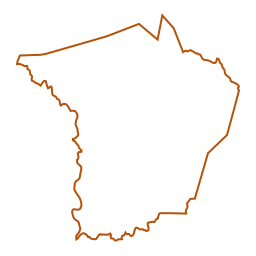 the district of Crateús, Ceará, Brazil
{"feature_id": "56859067B68836278329537", "entity_name": "Crateús", "entity_type": "district", "adm_level": 2, "iso_a3": "BRA", "parent_name": "Brazil", "parent_adm1": "Ceará", "projection": "equal_earth", "projection_center": [-40.774, -5.21], "detail": "fine", "context": "isolated", "style": "outline", "palette": "amber", "viewbox_px": 256, "rotation_deg": 0, "n_neighbors": 0, "source": "geoboundaries", "source_scale": "gbopen_adm2", "svg_char_len": 3597}
<svg xmlns="http://www.w3.org/2000/svg" viewBox="0 0 256 256"><path d="M73.8,218.0L75.5,219.8L77.5,221.1L78.3,221.7L78.7,222.7L80.1,227.9L80.2,229.2L79.3,231.8L77.6,234.2L76.5,235.2L76.2,237.8L76.4,239.4L77.5,238.7L78.3,237.6L79.3,236.1L80.3,235.1L81.0,234.4L82.3,233.5L83.4,233.3L84.5,233.3L85.2,234.1L86.6,234.8L87.6,236.1L88.2,237.1L89.4,236.8L90.1,237.8L91.3,238.7L92.6,239.0L93.8,239.0L95.6,239.3L96.4,238.6L97.2,237.6L97.8,236.5L98.8,235.0L100.3,234.1L101.5,234.8L102.5,234.7L104.0,234.3L105.5,234.8L107.0,234.5L108.4,234.7L109.2,234.1L110.1,233.5L111.1,234.9L110.6,236.7L111.2,238.4L112.4,238.5L113.3,238.7L114.7,240.2L115.6,240.6L116.7,240.4L117.5,239.7L118.3,239.2L119.7,239.4L121.0,239.2L121.9,239.2L121.6,237.9L121.9,236.7L122.4,235.7L123.3,235.6L124.3,235.1L125.0,233.7L125.5,232.6L126.0,233.5L127.3,234.1L128.7,233.9L129.5,234.5L130.3,235.6L131.5,236.0L132.6,235.5L133.2,234.7L133.8,233.4L134.3,231.8L134.6,230.4L135.1,229.0L135.7,228.1L136.5,227.7L137.5,227.9L138.3,228.3L139.4,229.1L140.4,229.4L141.3,229.4L142.2,229.2L143.1,229.4L144.0,230.2L145.2,230.1L146.2,231.0L147.4,230.8L148.2,230.3L148.6,229.2L148.5,227.9L148.3,226.8L147.9,225.5L147.7,224.4L147.8,223.0L148.9,222.4L149.9,222.4L151.1,222.0L152.5,221.8L153.7,222.1L154.7,221.8L155.3,220.8L156.0,219.4L157.1,218.7L158.0,218.4L158.0,216.9L158.7,215.2L159.0,213.9L160.2,213.2L171.5,213.2L186.1,213.6L185.8,211.6L186.0,210.3L187.2,207.7L187.5,206.4L187.3,204.9L187.1,203.4L187.8,202.1L188.7,201.3L189.4,200.2L190.4,198.8L194.8,198.7L201.6,175.2L205.6,161.4L207.4,155.3L208.0,153.2L227.0,135.0L233.7,110.4L238.7,91.6L239.0,90.4L238.2,89.2L238.0,88.0L238.9,86.7L238.3,85.3L237.1,84.3L236.0,83.5L234.6,83.0L232.8,82.0L231.3,81.6L230.5,80.4L230.3,78.7L229.2,77.4L228.0,76.6L226.9,75.8L226.2,75.1L225.3,73.9L224.9,72.8L224.7,71.3L224.3,69.7L223.3,68.2L222.4,67.2L222.2,65.9L221.6,64.1L220.4,63.3L219.7,62.0L219.4,60.7L218.9,59.7L218.2,58.7L217.0,58.6L216.7,59.7L216.4,61.3L215.4,62.8L214.5,63.0L213.4,62.9L212.4,62.5L211.4,62.0L210.3,61.2L209.4,60.8L207.9,60.4L206.8,60.1L205.5,60.0L204.1,59.8L203.0,59.2L201.9,57.8L201.1,56.2L200.2,54.6L198.9,54.4L197.7,53.5L196.8,53.5L195.6,53.2L194.1,52.1L192.7,51.3L191.7,50.9L190.8,50.2L189.8,50.3L188.7,50.9L187.5,51.4L186.7,51.1L185.6,50.7L184.4,51.4L183.1,52.2L173.7,28.2L162.3,15.4L157.6,39.6L138.9,23.9L120.0,31.2L106.7,36.3L95.1,39.7L92.3,40.5L79.4,44.2L46.1,53.8L40.6,54.8L20.0,55.5L19.4,56.6L19.0,57.8L18.2,59.6L17.7,60.8L17.0,64.1L19.0,63.9L21.7,64.6L22.9,65.1L24.4,66.2L25.9,65.9L27.3,66.1L27.5,69.1L29.3,70.1L29.8,71.0L30.1,72.2L30.1,74.0L31.1,75.1L32.1,76.4L31.6,79.6L32.0,80.8L34.0,81.5L35.6,83.0L38.4,83.9L40.5,85.6L43.0,82.0L44.2,80.9L45.8,81.2L46.9,85.4L48.0,88.3L49.0,87.9L49.7,86.9L51.1,86.5L51.8,87.8L52.2,93.8L52.9,95.0L54.1,95.9L55.6,96.4L57.1,98.9L58.6,99.5L59.5,100.8L60.2,104.7L60.9,105.6L62.7,104.1L64.9,103.9L66.4,104.4L67.9,106.2L70.6,110.9L73.8,110.7L74.8,111.0L75.6,111.7L76.4,112.7L77.4,114.8L77.5,116.8L76.9,118.5L76.0,121.0L75.5,123.9L76.1,126.0L77.4,128.8L77.6,130.0L77.6,131.7L78.3,133.8L78.1,135.4L77.1,136.5L75.7,137.8L74.9,138.4L72.9,138.9L73.0,140.4L74.4,141.0L75.2,141.7L76.1,143.1L78.4,145.8L79.4,148.4L81.5,150.4L81.4,151.8L78.9,152.1L77.8,153.7L78.5,157.1L78.1,158.7L77.1,159.8L77.0,162.1L78.0,163.7L81.1,166.6L81.3,168.9L80.8,171.5L79.5,178.4L78.0,179.8L75.9,181.3L74.9,183.2L74.3,188.1L74.3,189.3L74.8,190.5L76.4,193.2L78.4,196.1L79.9,198.5L80.5,200.0L81.1,201.9L81.5,205.6L80.4,208.3L79.7,209.2L78.6,209.6L76.9,209.7L76.0,209.6L74.6,209.2L73.4,209.3L72.3,210.8L72.1,212.0L72.7,214.9L73.8,218.0Z" fill="none" stroke="#b45309" stroke-width="2"/></svg>